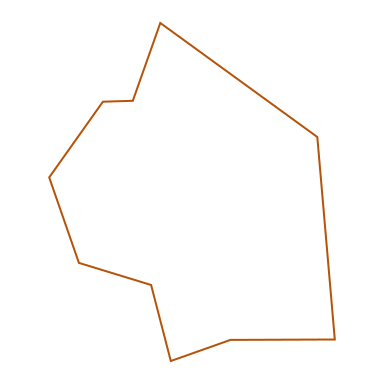 Sharyngol, Darhan-Uul, Mongolia (Albers equal-area conic projection)
{"feature_id": "93677404B32233139158886", "entity_name": "Sharyngol", "entity_type": "district", "adm_level": 2, "iso_a3": "MNG", "parent_name": "Mongolia", "parent_adm1": "Darhan-Uul", "projection": "albers", "projection_center": [106.453, 49.233], "detail": "fine", "context": "isolated", "style": "outline", "palette": "amber", "viewbox_px": 384, "rotation_deg": 0, "n_neighbors": 0, "source": "geoboundaries", "source_scale": "gbopen_adm2", "svg_char_len": 256}
<svg xmlns="http://www.w3.org/2000/svg" viewBox="0 0 384 384"><path d="M334.8,339.5L317.3,137.0L160.3,23.0L132.8,100.8L102.9,101.7L49.2,177.4L78.9,262.9L151.1,285.0L170.8,361.0L230.4,339.9L334.8,339.5Z" fill="none" stroke="#b45309" stroke-width="2"/></svg>